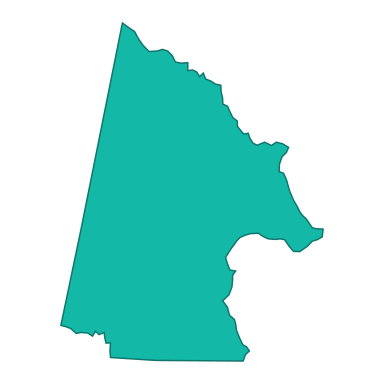 outline of São Domingos do Cariri, Paraíba, Brazil
{"feature_id": "56859067B21904800653931", "entity_name": "São Domingos do Cariri", "entity_type": "district", "adm_level": 2, "iso_a3": "BRA", "parent_name": "Brazil", "parent_adm1": "Paraíba", "projection": "natural_earth1", "projection_center": [-36.372, -7.576], "detail": "fine", "context": "isolated", "style": "filled", "palette": "teal", "viewbox_px": 384, "rotation_deg": 0, "n_neighbors": 0, "source": "geoboundaries", "source_scale": "gbopen_adm2", "svg_char_len": 1490}
<svg xmlns="http://www.w3.org/2000/svg" viewBox="0 0 384 384"><path d="M323.1,229.1L316.7,228.8L312.3,227.8L309.0,223.0L306.2,218.8L302.7,215.7L299.6,211.5L297.4,206.9L293.6,200.3L289.9,191.8L288.3,186.4L286.5,179.9L283.5,173.2L279.1,171.7L279.5,163.9L282.1,156.6L286.3,152.6L288.6,147.4L282.6,143.8L276.3,142.2L271.4,145.5L264.6,142.2L257.3,145.2L253.1,143.3L249.8,138.1L248.2,133.2L243.8,134.1L240.7,130.5L237.5,126.5L237.2,121.0L232.8,117.6L229.8,111.4L227.4,106.1L222.9,104.2L222.5,97.5L221.1,91.7L220.8,85.2L215.3,84.1L211.1,81.2L205.6,79.0L203.3,73.1L199.6,76.6L196.6,71.9L192.6,70.0L187.7,70.6L187.8,62.7L181.1,63.2L175.3,61.9L172.4,55.9L167.7,51.0L162.4,49.4L157.5,51.0L149.0,51.5L143.0,45.3L138.7,39.1L134.5,31.5L128.4,27.4L122.4,23.0L80.5,231.8L60.9,325.4L65.4,326.5L70.7,328.5L76.2,333.4L81.1,332.5L87.8,333.0L92.5,336.1L95.5,331.3L99.0,334.6L104.1,332.5L104.9,338.2L106.0,343.1L110.5,342.9L110.0,350.4L110.5,357.5L155.9,360.4L243.2,361.0L245.4,354.7L249.4,350.9L246.6,346.9L242.8,344.7L239.5,337.9L236.5,330.3L235.8,324.7L234.4,319.5L229.5,315.2L227.4,307.2L222.7,300.8L229.0,294.7L231.9,286.9L232.6,280.4L232.6,275.3L235.6,271.0L229.9,270.0L227.2,263.0L225.6,257.5L228.1,253.3L230.9,249.0L233.8,245.0L236.8,240.8L240.0,237.5L244.9,235.3L250.1,233.7L258.3,233.2L263.2,236.5L268.1,238.8L274.9,239.4L280.0,238.9L284.5,239.6L289.1,246.2L293.5,251.4L299.8,251.6L307.4,246.2L312.3,241.2L317.4,239.6L322.2,236.9L323.1,229.1Z" fill="#14b8a6" stroke="#0f766e" stroke-width="1.5"/></svg>